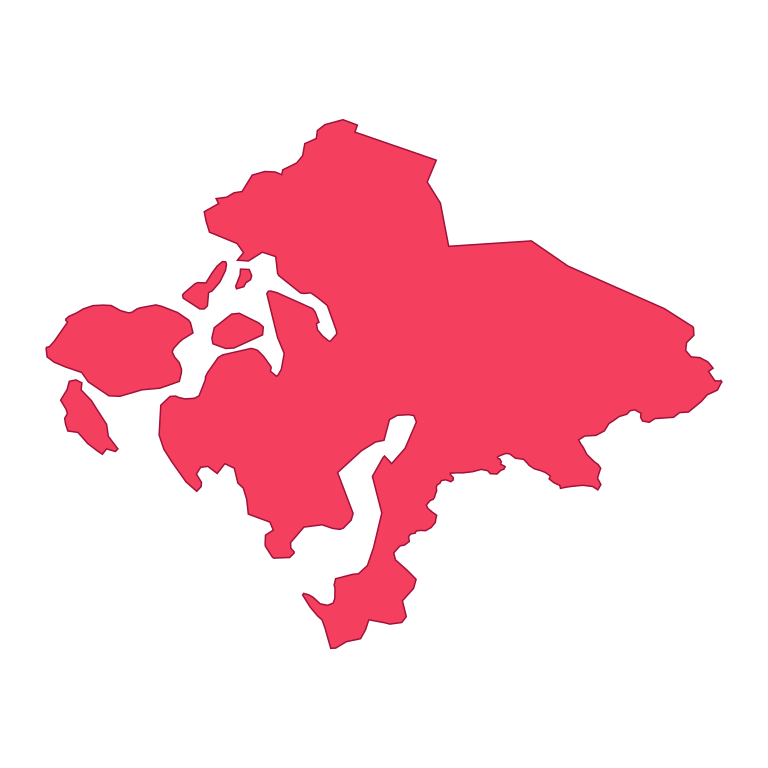 the district of Wrangell, Alaska, United States of America
{"feature_id": "52423323B13000193718373", "entity_name": "Wrangell", "entity_type": "district", "adm_level": 2, "iso_a3": "USA", "parent_name": "United States of America", "parent_adm1": "Alaska", "projection": "robinson", "projection_center": [-132.186, 56.269], "detail": "fine", "context": "isolated", "style": "filled", "palette": "rose", "viewbox_px": 768, "rotation_deg": 0, "n_neighbors": 0, "source": "geoboundaries", "source_scale": "gbopen_adm2", "svg_char_len": 4806}
<svg xmlns="http://www.w3.org/2000/svg" viewBox="0 0 768 768"><path d="M216.1,198.6L218.6,203.6L204.2,211.7L206.1,221.2L209.5,232.2L237.1,243.5L243.5,252.7L237.4,260.2L248.4,261.0L262.3,252.2L275.7,256.6L277.6,273.4L278.8,275.6L300.6,293.0L304.1,293.5L310.7,292.8L317.3,297.4L327.3,305.5L336.0,329.6L336.8,333.1L336.2,334.6L330.3,341.3L328.6,340.9L322.5,335.9L317.5,329.8L316.4,323.6L319.0,322.3L315.2,312.1L312.7,308.7L277.1,292.7L270.7,291.0L268.4,291.2L266.8,293.6L277.5,337.3L284.2,353.5L281.4,369.1L278.3,374.7L276.6,376.3L270.4,371.2L271.2,367.7L270.8,366.4L263.6,356.4L257.7,350.4L254.5,349.2L251.2,348.4L222.6,354.9L218.2,357.5L207.7,372.4L205.4,377.0L205.4,379.7L199.0,395.9L194.3,398.3L185.0,398.9L178.5,397.4L175.8,396.1L170.1,396.4L160.8,405.2L159.1,435.1L163.8,449.1L171.6,461.5L186.1,482.0L196.7,491.3L201.1,486.7L201.5,482.4L196.4,474.1L200.7,467.3L207.9,466.4L217.2,473.5L224.8,463.7L234.3,468.2L237.9,483.1L243.3,488.1L246.7,499.3L248.3,514.1L258.0,517.7L269.9,522.1L273.3,530.1L265.5,535.1L265.1,544.1L265.4,546.3L272.2,556.9L273.6,558.1L289.7,557.5L294.0,553.2L294.2,552.0L290.8,548.1L290.6,542.6L303.9,527.1L322.1,524.8L332.7,528.4L339.8,529.4L343.4,528.1L351.2,520.1L353.1,513.4L337.6,472.6L361.4,450.8L375.5,442.0L384.0,440.3L389.5,419.6L397.4,415.3L408.8,414.7L413.9,415.6L416.4,422.0L405.1,448.3L391.7,463.6L384.5,456.0L382.9,457.8L372.4,476.4L381.8,513.0L373.5,547.8L367.4,565.6L358.4,573.8L352.8,574.3L335.6,578.7L334.1,585.1L335.0,587.9L334.8,598.6L333.2,603.0L327.8,605.3L320.3,603.9L313.1,597.3L308.7,594.8L303.7,593.4L302.6,595.0L310.3,607.3L317.7,616.0L322.1,620.0L325.0,628.1L330.7,648.2L330.7,648.3L335.7,648.1L346.3,641.7L360.6,638.7L365.6,629.6L368.8,619.8L384.8,622.8L389.9,624.1L401.8,622.5L406.3,616.6L402.4,600.8L413.6,588.4L416.1,579.3L407.5,570.6L395.5,559.9L393.7,552.9L400.0,545.9L404.7,545.0L409.3,541.4L408.6,536.5L410.8,533.9L415.1,533.2L416.3,531.0L420.7,530.4L425.5,530.7L431.1,527.6L435.3,522.5L435.9,518.5L436.7,515.3L432.1,512.0L427.8,508.3L426.3,505.1L430.1,500.6L433.2,499.3L434.6,497.1L435.2,494.5L436.7,490.8L436.3,487.7L436.9,485.2L440.0,483.1L441.3,480.6L445.6,479.8L448.7,480.8L450.7,481.7L453.1,480.1L453.3,477.7L450.3,474.4L450.4,473.1L453.2,473.1L456.6,472.8L462.6,472.9L472.7,471.7L481.1,469.4L487.7,470.7L490.3,473.7L497.0,474.0L500.8,470.3L503.9,469.2L505.2,466.6L500.7,464.2L501.3,461.7L499.7,458.8L498.2,458.6L497.4,457.4L497.9,456.6L500.4,455.5L505.5,453.5L509.6,453.8L515.4,458.2L523.5,459.3L525.9,461.6L529.1,465.3L534.3,468.8L540.6,470.6L545.6,472.6L550.3,476.0L549.1,479.0L554.2,482.9L559.8,485.4L560.5,488.4L565.9,487.2L572.4,486.3L582.8,485.3L592.7,486.5L597.8,489.9L600.9,484.6L597.5,478.2L599.6,471.3L600.7,468.3L598.2,464.6L594.3,461.7L586.9,454.5L583.2,447.3L581.1,444.3L578.6,439.9L584.8,436.0L595.9,435.4L604.4,430.9L608.9,423.6L613.4,420.7L619.0,416.6L626.9,414.2L630.0,410.8L634.8,409.8L641.0,413.3L640.6,417.3L642.5,421.0L649.2,422.3L654.9,418.6L673.6,417.3L679.6,412.6L688.5,412.0L701.3,401.5L707.1,394.9L717.5,390.0L720.8,383.5L721.9,382.0L720.8,380.4L719.6,381.0L714.9,380.8L713.6,378.9L708.5,371.4L713.1,368.2L707.9,361.9L699.8,357.6L691.1,356.9L685.7,350.5L686.6,342.6L693.9,335.3L693.5,327.9L692.7,326.7L664.5,308.7L568.0,266.1L531.4,240.9L448.7,246.3L440.4,203.1L427.2,182.0L436.3,160.2L354.9,132.1L357.4,125.1L343.0,119.7L325.0,124.6L317.4,130.5L316.3,138.5L304.8,143.6L302.6,155.8L296.6,163.0L282.6,169.9L281.8,174.7L275.3,172.0L264.8,171.5L252.2,175.1L242.1,191.5L234.0,192.8L226.6,197.2L216.1,198.6ZM46.5,347.4L46.1,348.4L47.1,356.9L54.3,362.3L65.6,367.0L81.7,372.5L88.3,381.9L108.9,395.8L119.9,396.3L142.0,389.8L159.9,388.2L179.3,381.4L181.4,372.8L181.5,369.3L179.2,362.4L174.6,357.1L172.2,351.9L173.7,348.3L179.4,342.1L182.6,339.3L193.0,332.9L190.4,322.5L188.5,320.0L177.5,312.5L161.9,306.4L155.9,304.9L140.2,307.8L137.2,308.8L131.9,312.3L128.3,312.8L120.5,310.6L111.2,305.5L103.2,305.1L93.0,305.6L83.3,308.9L76.8,312.8L68.6,316.5L65.8,319.2L65.8,320.4L67.3,321.9L67.2,322.7L54.3,341.2L49.5,346.6L46.5,347.4ZM60.6,400.2L66.1,409.3L67.4,413.7L64.7,418.2L65.4,423.4L67.8,431.0L77.9,432.4L87.8,443.6L97.2,450.8L102.4,454.3L106.5,448.9L115.4,451.5L117.9,448.9L108.4,436.4L106.6,424.4L96.5,408.7L91.5,400.7L81.1,389.9L81.9,382.9L76.0,379.9L69.3,381.3L67.1,389.5L60.6,400.2ZM211.9,337.9L212.9,343.8L225.7,348.5L234.0,348.0L262.6,334.9L263.3,327.0L258.9,323.0L239.3,313.3L231.6,314.1L214.3,327.7L211.9,337.9ZM182.6,294.8L183.2,298.2L199.8,308.9L204.3,308.9L207.4,305.9L208.6,292.5L212.1,291.0L219.8,282.1L225.5,270.5L226.5,264.3L225.7,261.8L222.4,261.6L217.2,266.0L211.9,273.2L205.9,282.9L197.6,282.6L194.8,283.9L183.8,293.3L182.6,294.8ZM235.7,286.2L236.5,288.8L243.9,286.7L245.8,282.9L250.6,279.6L251.7,275.6L249.2,269.5L240.5,269.1L240.1,274.9L235.7,286.2Z" fill="#f43f5e" stroke="#9f1239" stroke-width="1.5"/></svg>